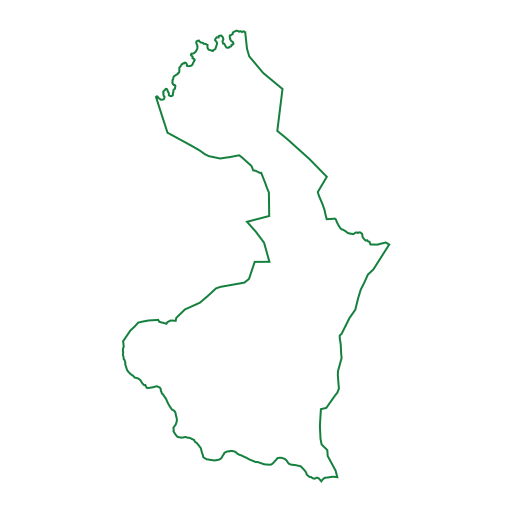 outline of Koko-Besse, Kebbi, Nigeria
{"feature_id": "59680162B63684780260143", "entity_name": "Koko-Besse", "entity_type": "district", "adm_level": 2, "iso_a3": "NGA", "parent_name": "Nigeria", "parent_adm1": "Kebbi", "projection": "natural_earth1", "projection_center": [4.329, 11.446], "detail": "fine", "context": "isolated", "style": "outline", "palette": "green", "viewbox_px": 512, "rotation_deg": 0, "n_neighbors": 0, "source": "geoboundaries", "source_scale": "gbopen_adm2", "svg_char_len": 5904}
<svg xmlns="http://www.w3.org/2000/svg" viewBox="0 0 512 512"><path d="M245.2,32.2L244.6,32.1L243.7,31.3L242.7,31.6L241.9,32.1L241.1,31.4L240.2,31.2L239.1,31.7L237.9,31.0L236.3,30.7L234.9,31.4L233.5,32.0L232.8,32.7L232.8,33.9L231.0,35.2L230.0,35.3L229.7,36.1L229.7,36.9L230.1,37.9L230.1,39.2L230.5,39.7L231.1,40.7L231.6,41.3L232.8,41.9L233.0,42.7L233.5,43.7L232.8,44.6L231.6,44.8L231.5,45.6L231.0,46.4L229.3,47.0L228.8,47.7L227.8,47.7L227.3,47.8L226.4,47.5L225.6,46.3L224.9,44.9L224.1,43.6L223.1,43.6L222.5,41.6L223.4,39.0L222.6,36.9L221.1,35.5L218.8,36.0L218.5,37.5L216.8,37.3L216.1,38.0L215.2,39.3L215.1,40.3L216.3,41.5L217.1,43.0L216.8,44.5L215.4,48.8L214.7,49.5L213.2,50.1L212.9,51.0L211.6,50.7L210.3,50.1L208.7,49.7L207.7,48.4L207.4,46.7L207.6,45.0L206.3,44.3L205.0,43.8L203.7,43.8L203.0,43.0L201.8,42.7L200.9,42.5L199.2,41.3L199.0,40.6L198.1,40.6L196.5,41.4L196.2,42.7L196.9,44.6L197.5,46.0L197.5,46.5L197.3,46.8L197.4,47.7L197.3,48.5L197.1,49.4L196.3,50.3L196.1,51.1L195.8,51.7L194.5,52.7L193.9,53.2L193.5,53.5L192.9,53.6L192.3,53.6L191.9,53.5L191.2,53.9L191.0,54.2L191.0,54.9L191.2,55.5L192.3,56.3L192.6,56.7L192.7,57.1L192.5,58.2L192.8,58.4L193.6,58.7L194.3,59.1L194.6,59.5L194.7,60.0L194.4,60.4L194.1,60.7L194.1,61.3L193.7,62.0L192.9,63.2L192.6,64.3L191.5,65.6L190.6,65.8L190.1,66.0L188.3,66.2L187.2,66.0L186.8,65.6L187.0,64.7L186.9,64.3L185.9,62.9L185.4,62.7L184.9,62.6L184.1,63.4L183.4,63.2L183.0,63.4L182.5,64.0L182.2,64.0L181.9,64.3L181.0,65.5L180.4,66.6L179.4,67.5L179.3,68.2L179.4,69.8L179.3,70.7L179.3,71.5L179.1,72.3L178.9,72.7L178.2,73.0L177.7,74.0L177.4,74.3L176.6,74.5L175.2,75.6L174.7,75.8L174.2,76.1L173.8,76.5L173.4,77.5L173.2,78.8L173.0,79.5L172.6,79.8L172.4,80.3L172.6,81.0L172.6,81.6L172.4,82.1L172.3,82.6L172.4,83.0L172.8,83.4L173.0,84.2L173.4,84.5L173.7,84.9L174.1,85.1L174.6,85.0L175.0,85.2L175.3,85.6L175.4,86.1L175.0,88.0L175.0,88.6L174.6,89.0L174.0,89.4L173.6,89.9L173.3,91.2L173.3,92.3L172.8,93.4L172.9,94.8L172.7,95.4L172.3,95.7L171.8,96.0L171.1,96.2L169.7,95.8L169.1,95.4L168.8,95.0L168.8,94.6L168.9,94.2L168.9,93.7L168.8,93.3L168.7,92.8L168.2,91.9L167.8,91.7L167.7,90.6L167.0,89.3L166.7,89.0L166.3,88.9L165.9,88.8L165.5,89.2L165.4,89.6L165.0,90.0L164.1,90.6L163.3,91.6L163.2,92.0L163.3,92.6L163.5,93.0L163.6,93.6L163.3,94.1L163.6,95.5L163.8,96.1L164.3,96.4L164.4,96.8L164.5,97.4L164.3,98.2L163.8,99.2L163.1,99.5L162.3,99.7L160.7,99.7L159.6,98.7L158.6,98.2L158.2,97.7L157.9,97.1L157.6,96.7L157.3,96.4L156.9,96.3L156.6,96.5L156.0,97.0L161.7,114.8L167.5,132.7L192.8,146.5L200.0,150.7L204.7,154.1L208.7,156.1L220.1,158.5L227.4,157.4L228.7,157.3L239.2,155.3L241.8,157.3L251.5,166.0L253.2,170.4L255.4,170.7L260.0,172.9L261.2,172.8L265.4,183.5L266.7,187.3L268.9,192.6L269.2,216.0L247.0,221.8L256.0,231.9L264.1,242.8L269.4,261.8L254.7,261.9L249.0,278.9L244.4,282.6L220.3,286.9L216.0,288.4L208.1,295.7L199.9,302.7L185.0,309.4L179.2,315.0L176.2,318.0L175.7,320.8L172.5,320.6L170.7,320.5L169.4,321.1L167.4,322.2L166.4,323.8L165.0,323.3L159.4,321.9L158.2,319.9L148.5,320.5L142.6,321.6L138.2,322.6L134.7,326.5L130.4,330.5L123.1,341.2L123.4,343.4L123.5,345.0L123.8,346.5L123.0,348.6L122.8,350.8L123.2,351.9L122.9,354.9L123.4,356.5L123.7,358.1L123.7,359.1L124.4,359.8L125.3,362.3L125.2,364.3L125.7,365.6L126.1,367.1L126.5,368.1L126.9,369.6L127.9,371.3L129.8,373.3L131.5,374.8L132.8,375.5L134.8,377.6L137.3,378.2L138.4,378.6L140.1,379.9L141.0,381.1L142.1,383.0L143.4,384.5L144.3,385.2L145.3,385.0L146.6,387.7L147.9,388.1L150.8,387.6L152.8,387.3L156.4,386.3L157.4,386.4L158.0,386.8L159.3,387.3L160.3,388.2L160.8,389.4L160.8,390.9L161.5,392.1L161.7,393.0L162.2,393.8L163.4,394.8L163.9,396.0L164.8,397.0L166.2,399.2L167.0,401.2L167.7,402.7L168.9,405.0L170.3,407.2L171.9,409.5L174.2,410.8L175.0,411.8L175.5,413.0L176.0,415.7L176.7,418.0L176.9,420.9L175.7,424.6L174.7,425.9L173.4,427.9L173.7,429.8L173.5,431.2L174.4,432.8L175.8,434.9L177.4,436.8L179.3,437.3L181.0,437.6L182.5,437.6L184.2,437.2L185.6,437.0L187.6,437.7L189.5,437.8L194.1,440.0L194.9,441.7L196.8,443.1L197.8,444.2L200.7,448.0L201.5,450.6L201.8,452.4L202.9,455.2L203.3,457.2L205.2,458.5L206.8,459.3L210.6,459.9L212.9,460.2L213.7,460.4L215.0,460.4L218.8,459.7L220.5,458.9L221.4,458.0L223.0,455.3L223.8,454.2L224.4,452.9L225.4,452.3L227.7,451.3L229.3,451.4L230.4,450.9L232.2,451.0L234.5,451.5L235.9,452.2L237.0,453.4L238.4,454.3L239.4,454.8L241.4,455.4L243.7,456.6L246.5,457.8L248.7,459.1L250.2,459.8L254.4,461.5L255.9,462.1L257.6,462.0L264.2,464.3L268.8,464.7L270.8,464.7L272.0,464.0L273.1,463.1L274.0,462.1L276.3,459.6L277.0,458.6L278.1,457.9L279.6,457.8L281.3,457.8L283.8,458.5L285.2,459.2L286.6,460.5L287.8,462.4L288.7,463.6L290.9,464.6L295.2,465.1L298.2,465.7L300.8,466.3L303.7,469.4L305.3,471.3L306.3,472.9L306.7,474.5L308.1,475.8L309.5,476.9L311.0,477.0L312.8,478.3L314.5,478.7L317.0,477.6L318.8,478.4L321.3,481.3L322.7,479.4L324.7,477.8L327.7,477.5L332.1,476.8L334.4,476.8L337.3,477.2L335.6,470.6L327.7,456.0L327.3,450.1L321.6,444.5L320.5,438.8L319.9,425.9L320.9,409.2L326.3,407.9L335.2,395.3L337.5,392.5L337.5,392.1L338.9,388.7L338.1,378.8L337.8,374.8L338.0,371.1L341.6,358.0L341.2,354.1L340.7,344.1L339.8,338.7L339.7,335.7L340.1,335.2L341.6,333.8L341.8,333.4L349.5,318.0L355.3,309.7L358.1,298.3L360.8,289.5L364.2,282.8L367.9,274.6L373.4,269.4L389.2,244.5L385.7,242.5L382.1,243.4L377.5,244.6L370.6,244.5L370.0,243.4L369.6,241.9L367.7,241.2L367.3,240.3L365.5,240.5L364.0,238.9L363.1,237.9L362.4,236.3L362.4,235.1L362.0,233.7L359.9,232.3L358.8,232.5L357.9,233.0L357.1,232.5L355.7,232.5L354.4,233.5L353.1,234.2L351.8,233.7L350.4,233.8L349.1,233.2L348.0,233.2L346.6,232.0L344.9,230.8L343.0,229.7L341.3,229.2L340.2,227.9L339.0,226.2L336.7,221.8L336.0,219.7L334.8,218.6L333.1,218.8L326.7,219.2L325.2,213.3L324.5,209.9L322.5,204.2L319.7,197.6L318.4,194.3L317.8,192.0L326.8,176.8L309.3,158.9L286.9,138.8L277.3,130.9L282.5,89.0L263.1,72.9L249.2,56.3L247.0,48.8L245.2,32.2Z" fill="none" stroke="#15803d" stroke-width="2"/></svg>